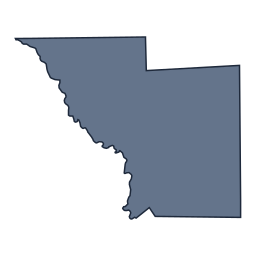 the district of Webb, Texas, United States of America
{"feature_id": "52423323B96012126646205", "entity_name": "Webb", "entity_type": "district", "adm_level": 2, "iso_a3": "USA", "parent_name": "United States of America", "parent_adm1": "Texas", "projection": "natural_earth1", "projection_center": [-99.706, 27.732], "detail": "fine", "context": "isolated", "style": "filled", "palette": "slate", "viewbox_px": 256, "rotation_deg": 0, "n_neighbors": 0, "source": "geoboundaries", "source_scale": "gbopen_adm2", "svg_char_len": 1785}
<svg xmlns="http://www.w3.org/2000/svg" viewBox="0 0 256 256"><path d="M31.0,38.4L15.4,38.5L16.0,39.8L17.8,39.8L19.6,40.7L21.4,41.9L22.3,43.4L23.6,44.1L26.7,44.1L30.1,46.5L34.7,47.9L35.8,48.7L37.1,52.4L38.3,54.6L40.1,56.4L40.2,57.0L40.0,58.3L40.6,60.1L41.7,61.2L44.5,62.4L46.2,64.0L47.0,69.3L47.7,71.8L50.4,77.5L51.5,78.2L55.0,79.6L59.9,80.1L59.9,82.7L58.9,85.3L59.1,87.9L62.2,92.2L65.0,93.4L65.6,94.9L66.0,95.9L65.9,97.1L64.8,98.7L64.3,100.5L64.7,102.6L66.0,104.1L67.8,105.3L68.6,106.8L68.8,107.7L68.5,110.3L68.5,115.1L69.7,116.0L72.8,116.1L73.8,119.0L74.3,121.4L75.3,122.1L76.8,121.8L77.4,121.3L77.9,119.6L78.8,120.0L80.0,122.9L80.6,126.2L81.5,127.4L82.7,128.3L83.2,128.4L84.9,127.8L85.6,128.0L87.5,130.9L87.7,131.9L91.6,137.0L93.0,139.4L93.4,140.7L95.0,142.2L96.1,142.9L96.9,142.8L99.1,141.7L101.8,141.9L102.9,142.7L103.5,143.8L103.3,144.8L102.3,145.7L102.2,146.6L104.1,147.8L106.5,148.3L108.7,147.5L108.8,146.8L112.2,145.4L113.3,145.8L113.7,146.1L114.1,148.2L115.2,149.2L116.2,149.8L116.2,151.5L115.1,152.2L115.2,152.7L115.9,153.0L118.7,152.1L119.2,151.7L119.6,150.7L119.9,150.7L122.4,152.8L123.9,157.3L124.9,158.0L126.1,158.8L126.7,159.6L126.9,160.3L126.4,161.8L125.7,162.5L125.2,164.2L124.2,173.0L124.6,173.4L125.6,173.3L126.6,172.8L129.1,172.6L131.3,174.5L131.8,175.5L131.8,176.3L131.3,179.0L131.0,179.5L129.5,182.1L129.4,184.5L130.7,189.6L130.0,195.7L128.8,197.2L127.5,200.8L127.5,201.9L127.9,203.9L125.3,206.5L123.7,206.7L122.7,208.2L122.9,208.8L124.0,210.1L124.9,210.5L126.9,210.5L128.4,210.1L129.6,210.6L130.6,212.2L130.7,213.1L129.3,216.7L129.9,218.2L130.6,218.8L131.8,219.0L134.6,217.3L136.1,218.1L149.3,207.6L155.2,216.4L215.7,217.1L240.6,217.4L240.6,200.8L239.5,65.4L146.3,70.6L145.5,38.4L145.5,37.0L31.0,38.4Z" fill="#64748b" stroke="#1e293b" stroke-width="1.5"/></svg>